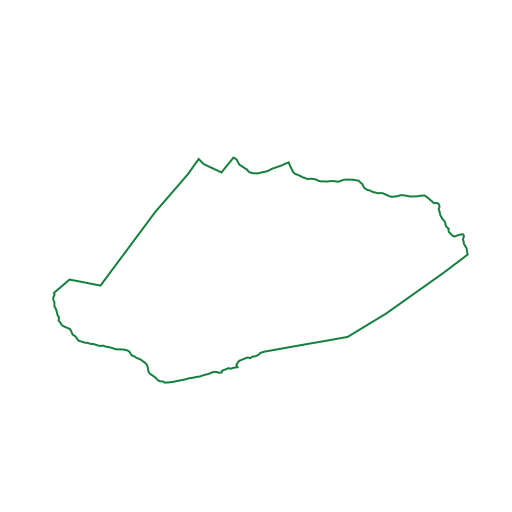 Jaguaretama, Ceará, Brazil (Equal Earth projection), rotated 258°
{"feature_id": "56859067B17127174876684", "entity_name": "Jaguaretama", "entity_type": "district", "adm_level": 2, "iso_a3": "BRA", "parent_name": "Brazil", "parent_adm1": "Ceará", "projection": "equal_earth", "projection_center": [-38.749, -5.493], "detail": "fine", "context": "isolated", "style": "outline", "palette": "green", "viewbox_px": 512, "rotation_deg": 258, "n_neighbors": 0, "source": "geoboundaries", "source_scale": "gbopen_adm2", "svg_char_len": 3023}
<svg xmlns="http://www.w3.org/2000/svg" viewBox="0 0 512 512"><g transform="rotate(258 256 256)"><path d="M157.2,229.0L158.2,231.1L158.1,235.3L159.2,238.6L160.3,240.0L160.7,244.2L160.5,250.2L159.2,289.2L158.5,307.4L157.8,328.8L172.6,371.2L174.1,374.6L200.4,435.6L213.4,463.3L215.2,463.4L217.4,463.4L219.8,463.6L222.1,462.8L224.6,461.9L226.7,462.1L229.1,461.8L231.2,463.0L232.6,463.6L234.2,462.9L234.5,460.1L234.2,456.9L233.7,454.6L234.6,452.9L236.0,451.8L237.8,450.7L239.2,449.8L241.2,449.6L242.7,450.1L244.6,448.5L247.1,447.8L248.8,448.0L250.6,447.7L252.1,446.8L253.9,445.9L257.1,444.9L259.3,444.8L261.4,444.7L263.8,444.5L266.1,445.8L268.5,445.7L270.0,444.4L270.8,441.0L277.8,435.7L280.2,433.4L280.7,429.9L280.8,426.4L281.4,423.1L282.0,419.8L283.2,416.7L284.2,414.2L285.2,411.5L285.4,409.2L285.1,406.8L285.3,404.4L285.7,401.1L286.8,398.7L288.3,396.9L289.4,395.3L290.9,393.3L291.7,390.7L292.1,388.1L293.2,386.1L294.0,384.3L295.0,382.6L296.3,381.2L297.5,378.7L299.1,377.0L300.5,375.9L302.3,375.4L304.5,374.8L306.2,373.4L308.2,372.2L309.5,369.1L310.5,366.7L311.2,363.7L312.0,360.1L312.3,357.8L312.0,355.2L311.5,352.0L312.9,348.3L313.8,344.6L313.9,341.5L314.9,338.1L315.4,335.2L316.5,332.8L318.3,330.7L319.3,328.4L320.3,325.5L320.5,322.3L322.1,320.2L323.1,318.2L324.8,316.3L326.4,314.1L328.4,311.1L330.8,309.6L333.1,309.0L335.1,308.6L336.6,308.1L338.5,307.8L340.7,307.5L340.2,303.6L339.3,300.4L338.0,289.7L336.9,286.3L336.5,282.9L336.6,278.2L336.4,275.2L337.1,272.4L337.7,269.8L339.3,267.0L340.7,265.9L342.6,265.1L343.9,263.5L345.7,261.9L347.5,260.1L348.7,258.8L350.5,258.2L354.1,257.2L355.6,256.0L356.9,254.4L344.9,239.6L356.8,223.9L362.8,220.1L350.0,206.2L337.2,189.3L320.5,167.2L318.2,164.5L306.1,150.8L262.9,101.7L259.4,97.7L260.9,94.2L267.9,77.8L269.4,74.2L271.7,68.7L262.0,50.8L260.1,50.9L258.7,49.9L257.2,48.9L254.9,48.6L252.7,49.2L250.5,48.7L248.3,48.4L246.1,49.2L243.5,49.5L241.5,49.6L239.2,49.6L237.2,50.5L235.5,50.1L233.8,49.5L232.2,50.4L230.4,51.1L228.4,52.0L226.4,54.3L224.7,56.8L223.3,58.8L221.0,59.6L218.6,60.0L217.2,60.3L215.6,62.1L213.5,63.4L211.3,64.2L209.7,65.2L208.6,67.6L207.0,70.1L205.9,73.5L204.4,76.0L203.8,78.4L202.2,81.4L201.0,83.3L200.3,85.4L200.2,87.6L199.1,89.3L198.2,91.2L197.3,93.4L195.8,96.5L194.3,98.7L193.5,101.0L193.0,103.2L192.4,105.7L191.5,108.3L190.2,110.8L188.6,112.3L186.8,112.9L184.7,113.7L183.0,116.3L181.2,117.9L179.9,119.8L178.7,121.7L176.8,123.2L175.3,124.7L173.5,126.0L171.1,126.9L169.1,127.0L167.2,126.9L164.9,126.8L162.4,128.1L160.4,130.2L158.1,132.2L156.5,133.3L154.7,134.4L153.3,136.2L152.7,138.9L151.1,140.4L150.6,143.7L150.3,146.4L150.1,149.6L150.2,152.2L150.0,154.3L150.1,156.9L150.0,159.6L150.1,162.2L150.3,164.9L150.0,169.6L150.1,172.5L149.8,176.1L150.2,178.5L150.5,182.1L150.4,185.0L151.0,187.0L151.4,190.7L150.7,193.4L149.6,195.2L149.2,198.1L150.8,198.9L151.2,201.0L151.5,203.4L152.0,205.8L151.0,207.8L151.3,210.8L151.1,214.7L153.4,214.1L155.6,216.0L157.0,217.8L157.5,220.8L158.2,224.6L158.4,227.1L157.2,229.0Z" fill="none" stroke="#15803d" stroke-width="2"/></g></svg>